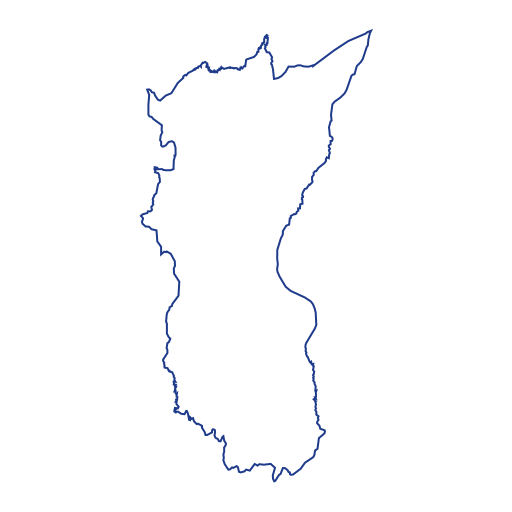 outline of Namtumbo, Ruvuma, United Republic of Tanzania
{"feature_id": "72390352B4837835329020", "entity_name": "Namtumbo", "entity_type": "district", "adm_level": 2, "iso_a3": "TZA", "parent_name": "United Republic of Tanzania", "parent_adm1": "Ruvuma", "projection": "equal_earth", "projection_center": [36.206, -10.673], "detail": "fine", "context": "isolated", "style": "outline", "palette": "blue", "viewbox_px": 512, "rotation_deg": 0, "n_neighbors": 0, "source": "geoboundaries", "source_scale": "gbopen_adm2", "svg_char_len": 5973}
<svg xmlns="http://www.w3.org/2000/svg" viewBox="0 0 512 512"><path d="M371.1,30.7L367.2,32.2L365.6,33.6L348.4,41.0L334.1,50.4L313.4,65.9L313.5,65.2L308.6,66.7L303.6,66.4L300.4,65.3L297.5,65.4L294.3,66.7L288.5,66.6L285.6,71.8L281.7,75.9L278.2,78.0L274.0,78.9L273.0,69.3L271.9,64.8L271.2,64.0L271.2,63.0L272.5,61.2L271.5,59.0L272.1,57.3L269.3,52.5L266.8,52.2L264.9,48.4L265.5,47.5L265.2,46.3L265.8,45.6L265.2,44.7L266.7,44.9L266.9,43.2L267.4,43.2L267.9,38.0L266.7,37.9L267.5,35.5L266.8,35.0L264.9,36.8L264.1,39.4L264.2,42.2L262.2,43.2L262.4,44.7L261.1,45.5L260.8,48.2L260.0,48.5L259.7,47.5L258.9,47.9L258.4,49.1L258.4,51.8L257.3,51.9L256.6,54.3L254.1,56.9L246.7,59.4L246.1,60.0L245.3,66.2L244.3,65.9L242.3,68.4L241.3,67.3L241.0,68.1L240.4,67.8L239.8,69.9L237.7,69.3L237.7,68.6L236.8,68.2L234.6,68.0L233.8,68.5L232.5,67.8L229.9,67.9L229.9,67.3L224.0,68.9L222.2,67.7L221.5,68.4L221.1,67.4L219.9,69.8L219.2,68.9L218.3,70.3L217.7,70.2L217.2,72.2L216.3,71.6L215.8,72.1L215.0,71.1L214.4,71.8L214.0,70.8L213.0,72.0L211.8,71.2L211.9,71.9L210.5,72.1L209.6,69.9L208.9,70.4L208.4,69.8L209.0,67.6L208.0,67.7L207.8,66.5L207.3,67.4L206.3,66.9L207.2,63.4L205.1,61.9L203.4,62.9L202.7,62.6L200.8,65.4L200.9,66.6L200.2,65.9L198.2,66.7L198.1,67.8L196.2,68.0L195.8,68.9L195.0,68.8L194.7,69.9L193.6,69.6L192.8,70.7L188.4,72.8L186.3,75.4L185.4,74.9L183.6,76.1L183.1,76.9L183.3,77.9L177.8,82.9L171.4,93.2L165.7,95.6L160.1,100.6L157.8,99.6L155.0,95.4L154.1,92.8L151.8,92.2L150.7,90.4L149.1,89.4L147.2,89.6L149.2,95.0L148.4,104.7L148.4,114.6L149.4,116.3L151.7,117.0L153.2,118.9L161.9,125.3L161.6,130.3L162.3,132.2L160.7,135.5L160.1,140.2L161.2,141.9L161.1,145.3L162.3,146.6L163.7,146.4L165.8,145.4L168.6,142.0L171.9,141.2L174.0,142.5L175.5,147.5L175.6,154.4L175.3,155.7L174.5,155.6L174.7,157.2L173.8,160.3L173.5,169.1L170.7,170.2L166.2,170.3L163.2,169.9L162.2,169.1L158.4,169.2L157.2,167.7L154.7,167.2L154.8,168.7L155.8,169.4L154.6,169.5L155.3,171.2L155.0,172.2L158.3,173.2L159.4,175.7L159.2,177.4L159.7,178.2L159.9,181.9L158.1,184.1L156.3,193.3L154.1,195.3L154.2,196.3L153.2,197.7L152.7,199.7L153.3,201.2L152.7,202.6L153.3,204.4L151.3,207.0L152.0,209.9L150.4,211.4L148.0,211.3L147.3,213.0L142.7,214.3L140.9,215.9L142.8,217.9L143.0,218.9L141.9,221.8L142.5,223.7L145.6,226.5L149.0,226.7L151.5,229.2L156.5,230.4L157.3,241.4L161.1,246.8L161.1,254.4L164.1,251.7L166.2,252.1L166.8,251.5L170.8,253.8L174.8,261.3L175.0,265.8L173.8,268.4L174.1,273.7L179.3,281.7L178.5,295.7L172.3,304.0L171.9,306.0L169.7,307.2L169.2,309.8L167.3,312.4L166.7,314.8L166.1,321.5L166.9,323.8L166.9,333.6L168.7,337.1L170.3,338.7L168.9,342.1L167.4,343.2L166.6,348.0L167.4,349.9L167.4,353.0L163.1,359.6L163.1,360.8L164.3,362.8L164.0,363.6L164.6,365.4L164.3,366.5L164.6,367.6L167.5,368.1L168.9,371.0L169.6,370.7L170.1,371.8L172.2,372.2L173.9,375.9L173.7,376.8L174.7,378.1L174.3,379.8L175.5,381.8L173.7,381.7L173.9,383.8L174.7,384.3L174.0,384.7L174.8,385.5L175.7,385.2L175.1,386.7L176.1,386.8L175.0,389.0L175.4,390.3L174.8,390.4L174.5,391.3L175.6,391.0L175.6,393.2L176.4,394.4L176.9,393.8L176.5,396.5L177.4,397.0L177.1,399.7L176.1,399.6L176.2,401.0L175.7,401.7L176.6,401.8L176.4,404.0L178.7,406.8L177.8,408.4L175.0,407.9L174.9,408.5L176.1,409.0L175.2,409.6L175.2,411.4L174.4,410.7L174.3,411.5L175.8,412.5L176.5,411.7L177.9,411.6L181.3,413.8L184.5,414.2L186.2,411.0L186.8,411.0L187.9,413.4L189.1,419.8L190.1,420.1L190.3,417.4L191.6,418.8L193.0,418.1L194.0,421.3L196.7,424.1L198.0,423.7L202.0,425.8L202.0,427.7L204.8,432.3L205.5,435.0L207.1,435.0L212.0,432.4L212.1,430.2L213.1,429.2L214.8,430.0L215.1,432.1L214.5,435.3L215.5,437.8L217.8,439.0L218.9,441.1L220.5,441.3L222.5,436.9L223.4,436.2L224.2,440.7L226.0,443.5L225.5,445.5L224.1,447.6L224.2,451.3L223.4,454.7L223.8,457.7L223.4,460.3L224.7,464.1L228.4,469.7L230.1,469.3L232.1,467.4L233.3,467.9L236.7,466.1L237.9,467.3L239.0,471.8L240.8,472.4L244.4,471.4L246.2,469.6L249.8,470.6L254.7,464.0L257.6,465.6L259.3,464.2L263.9,464.7L270.7,463.9L275.0,467.8L272.8,475.4L273.0,478.7L274.2,481.3L275.2,480.9L279.2,474.7L280.5,474.1L282.9,468.0L285.2,468.2L287.7,470.3L288.5,472.0L289.8,472.4L290.0,474.2L290.9,474.8L293.1,474.5L300.7,468.7L305.0,462.7L313.3,457.1L314.3,455.2L315.1,450.5L317.5,448.8L318.9,438.1L324.4,433.5L325.0,431.4L324.6,430.3L320.3,428.8L319.4,425.6L317.1,423.3L317.3,421.5L318.5,419.9L317.9,418.1L318.5,416.3L316.3,414.6L316.4,411.9L315.3,410.0L316.0,408.4L315.4,406.9L316.0,404.5L315.3,401.6L315.8,401.3L313.7,399.3L315.0,398.3L315.7,398.6L315.1,397.4L315.8,397.5L316.0,396.3L315.8,392.6L316.5,390.3L315.3,390.5L315.7,386.3L314.5,383.6L314.6,382.3L313.2,380.6L313.7,378.9L313.1,377.9L313.8,376.8L313.0,375.0L313.7,374.4L314.2,371.6L313.0,369.8L313.8,366.4L313.1,365.9L313.3,363.9L311.7,364.3L311.2,361.9L310.5,362.6L309.9,362.2L307.7,356.9L307.0,356.4L306.0,353.4L306.4,352.4L305.6,351.1L305.9,348.6L305.4,347.4L305.5,345.0L306.4,342.7L314.9,328.5L316.3,324.8L315.7,312.9L314.9,309.1L313.0,304.3L311.0,301.6L304.9,297.5L290.8,291.0L285.7,286.8L279.6,276.6L277.5,271.8L277.1,269.3L277.8,264.1L277.2,258.7L277.3,249.9L280.8,238.5L282.8,234.5L282.9,231.1L286.2,225.7L289.1,224.6L289.8,218.3L290.8,217.9L290.8,216.0L294.3,214.0L294.9,214.3L296.3,213.6L296.7,212.0L298.3,210.7L298.1,208.4L300.0,208.4L300.2,204.3L302.5,203.7L302.3,199.8L301.8,199.2L302.0,197.7L302.9,197.3L303.1,196.3L302.3,195.6L302.2,194.6L302.9,192.4L304.7,189.0L306.7,188.4L309.1,184.6L309.7,184.9L312.1,182.5L312.6,181.5L312.0,179.9L312.1,176.8L313.7,175.0L313.6,172.8L315.2,171.1L316.3,171.1L318.4,167.9L324.5,163.0L325.9,161.1L325.9,159.2L326.8,157.3L328.8,158.2L329.2,154.3L329.9,153.1L328.9,150.2L330.0,148.8L328.9,147.0L328.8,145.6L330.7,144.2L330.5,141.1L332.1,140.8L332.6,139.3L332.6,138.2L331.6,136.8L329.9,135.9L329.0,127.2L330.6,121.4L331.6,120.6L331.0,115.0L332.4,104.3L334.6,101.7L340.4,97.5L344.6,93.4L346.6,89.8L351.5,75.7L352.8,74.6L354.5,74.3L356.8,66.1L360.9,62.0L362.8,59.0L366.8,46.8L367.8,45.5L368.4,39.4L369.8,33.4L371.1,30.7Z" fill="none" stroke="#1e3a8a" stroke-width="2"/></svg>